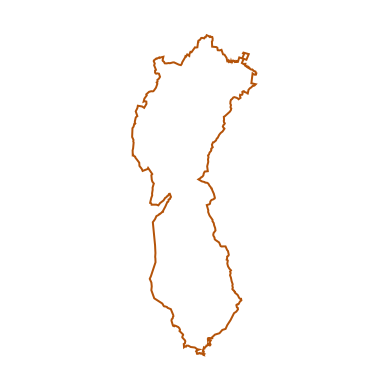 Remetea, Bihor, Romania (Robinson projection), rotated 104°
{"feature_id": "2599482B38217862472768", "entity_name": "Remetea", "entity_type": "district", "adm_level": 2, "iso_a3": "ROU", "parent_name": "Romania", "parent_adm1": "Bihor", "projection": "robinson", "projection_center": [22.374, 46.741], "detail": "fine", "context": "isolated", "style": "outline", "palette": "amber", "viewbox_px": 384, "rotation_deg": 104, "n_neighbors": 0, "source": "geoboundaries", "source_scale": "gbopen_adm2", "svg_char_len": 5982}
<svg xmlns="http://www.w3.org/2000/svg" viewBox="0 0 384 384"><g transform="rotate(104 192 192)"><path d="M183.5,245.0L180.4,240.6L179.3,240.4L184.2,234.9L185.5,235.5L189.8,234.0L191.5,233.0L193.0,231.1L197.3,231.3L199.5,230.7L203.1,230.4L204.9,229.8L207.7,230.1L212.7,230.0L212.8,229.0L213.6,228.3L214.1,228.1L212.9,223.5L213.1,221.4L210.5,220.3L207.1,217.6L204.2,216.6L203.2,215.6L201.7,214.9L201.3,214.3L199.4,213.8L199.1,213.1L201.9,211.2L202.7,211.6L203.9,211.6L205.0,212.9L206.2,212.6L207.5,213.0L207.7,213.5L212.4,214.3L217.2,215.5L218.2,215.3L218.6,215.8L218.3,216.0L219.6,216.7L221.2,217.9L221.2,218.3L222.3,218.8L224.0,220.7L227.3,221.3L230.8,222.7L252.5,215.0L260.1,212.7L264.0,212.0L265.2,211.5L269.0,210.4L283.7,211.5L286.5,212.0L289.7,209.5L293.4,208.2L297.1,207.7L304.3,202.9L307.4,193.8L309.4,191.9L309.7,191.3L309.5,190.1L309.7,188.4L310.3,187.7L310.8,184.2L316.0,180.4L317.1,180.0L317.8,180.3L319.4,180.2L320.4,180.9L321.8,180.8L326.2,178.2L325.9,177.4L326.5,177.2L326.6,176.8L325.8,176.2L325.8,175.5L326.4,172.6L327.3,171.3L328.6,170.3L329.9,170.5L332.4,166.2L332.8,166.0L334.5,166.4L335.5,166.2L337.6,163.0L338.4,162.4L340.6,162.3L341.5,163.2L344.5,162.2L343.5,161.5L343.3,160.9L343.5,160.5L342.4,160.1L342.0,158.4L342.7,155.7L342.2,151.6L343.3,148.8L343.2,147.1L343.9,148.1L343.9,148.8L344.9,149.3L345.4,149.0L345.8,149.3L346.3,148.6L347.7,148.1L347.6,147.1L346.8,146.5L346.4,145.7L346.8,145.0L346.3,144.5L346.2,143.6L346.6,143.5L346.7,141.9L347.4,141.5L347.4,141.1L347.0,141.4L346.3,140.9L346.2,141.7L343.9,142.0L343.8,142.3L344.1,142.6L343.8,143.0L340.0,142.8L340.4,142.0L339.7,141.9L338.0,140.6L337.5,140.8L336.8,139.7L335.7,139.8L336.5,138.4L336.6,137.6L336.4,137.3L335.6,137.1L334.9,137.6L335.8,138.6L335.5,138.7L334.1,138.7L331.5,137.9L331.3,139.3L331.5,140.1L332.3,140.5L330.7,141.1L329.8,140.9L329.4,139.5L329.2,137.4L329.0,137.0L328.2,137.4L324.8,135.2L322.4,131.2L318.5,129.2L316.7,126.3L312.7,125.6L306.9,123.6L299.4,121.9L297.4,120.1L294.8,119.0L293.4,119.5L293.1,120.5L291.0,121.6L289.9,120.8L290.0,120.3L289.5,119.7L286.7,119.0L285.2,117.9L283.9,118.5L284.2,119.0L283.2,120.8L281.0,122.6L279.2,126.1L278.4,126.2L278.1,127.1L277.5,127.4L277.2,128.4L276.4,129.4L275.0,129.2L273.2,130.2L271.7,130.2L268.9,132.0L265.7,133.5L263.5,135.0L261.3,134.9L260.0,135.8L258.6,135.2L257.4,137.1L255.5,139.0L253.0,140.4L249.8,140.7L249.5,141.1L249.3,142.0L247.4,141.9L246.4,142.3L245.7,142.0L245.1,141.3L244.1,141.1L240.6,142.8L239.8,143.9L236.7,146.3L237.3,149.0L237.7,149.7L237.6,151.1L234.4,153.5L232.8,157.8L232.2,158.6L230.7,159.2L229.2,160.7L228.1,161.1L226.5,161.1L223.7,159.9L221.4,160.8L218.9,162.5L216.9,163.4L215.3,165.1L214.1,165.3L210.6,169.3L207.5,171.5L205.8,171.8L201.1,174.5L199.7,172.2L199.0,171.7L196.8,171.9L195.7,171.5L195.0,171.1L193.7,169.2L193.1,169.0L192.7,168.4L192.1,168.4L188.4,170.4L185.5,172.7L183.8,173.7L183.9,174.1L182.5,175.3L181.7,176.5L179.9,178.2L179.4,179.6L179.7,181.5L179.3,182.1L179.3,185.0L178.2,188.8L176.4,187.1L175.7,186.8L174.7,185.7L173.2,185.0L171.1,185.1L169.1,184.6L168.0,181.7L163.4,183.5L158.9,183.5L156.4,184.4L154.3,184.4L152.6,185.3L151.6,184.6L149.5,184.5L147.6,183.5L146.4,183.4L146.1,183.7L145.2,183.8L143.6,182.7L143.1,183.0L143.1,183.3L141.3,184.1L138.7,183.6L138.4,182.8L136.2,181.2L134.1,180.9L133.3,180.2L129.8,179.4L127.7,178.4L125.9,177.0L122.7,175.8L122.4,176.1L122.4,176.6L121.1,177.9L119.5,177.7L118.4,177.0L117.4,176.8L116.8,177.7L115.3,178.4L114.4,178.3L111.3,179.3L110.7,178.6L104.9,174.7L103.2,174.1L101.4,174.1L100.9,174.9L100.2,175.2L98.2,175.2L97.0,176.2L94.8,176.6L93.2,176.5L91.9,175.5L90.3,174.8L89.7,173.8L89.8,171.6L90.2,170.0L90.7,169.3L88.9,167.7L86.9,168.8L86.1,168.8L86.2,168.4L85.4,166.8L84.4,166.7L82.7,167.4L81.8,166.6L81.7,165.8L82.2,165.4L82.5,162.5L83.0,162.0L83.0,161.7L79.3,161.9L77.4,161.0L76.4,160.0L74.3,158.7L74.1,157.9L73.5,157.1L72.0,156.2L72.1,160.7L62.3,161.9L62.9,160.4L63.0,159.3L62.6,158.3L61.2,158.3L61.1,158.9L59.8,159.5L59.5,161.8L59.1,162.1L58.5,163.2L58.9,164.1L58.1,166.7L57.9,166.2L57.6,166.3L57.0,167.6L57.7,167.8L57.7,168.1L57.4,168.9L56.6,169.4L57.0,169.8L56.5,171.1L54.7,171.2L54.8,171.6L55.2,171.7L55.5,172.5L54.8,174.8L50.3,174.1L50.5,171.2L44.5,170.3L44.3,175.8L45.0,176.0L45.0,174.8L50.2,175.6L50.0,178.7L54.6,178.9L54.8,179.4L53.9,179.8L54.0,180.3L55.2,180.6L55.3,181.0L54.8,181.3L55.3,181.9L54.5,182.3L55.0,183.3L54.6,183.4L54.5,183.9L55.1,184.6L55.4,184.3L56.1,184.5L55.4,184.9L56.1,185.5L55.6,185.8L56.5,185.8L56.7,186.5L56.2,186.7L56.2,187.7L55.8,187.5L55.4,188.1L56.0,188.2L56.1,188.7L56.6,188.6L56.4,189.0L56.6,189.4L53.5,190.9L50.9,193.7L50.9,195.2L46.9,197.8L47.8,199.2L48.2,201.2L48.0,201.5L45.9,202.3L45.5,203.3L46.1,207.6L41.1,209.1L40.2,208.7L38.1,209.1L36.8,209.8L37.0,210.2L36.6,211.7L37.2,211.7L37.4,212.2L36.7,213.5L36.3,215.7L38.6,216.2L38.8,217.1L40.0,217.4L40.0,219.5L40.3,220.3L42.4,221.1L43.6,222.4L44.9,222.1L45.0,222.4L50.3,221.8L50.9,223.2L50.9,224.1L56.5,226.3L56.4,227.4L58.8,227.8L60.6,227.6L59.7,229.9L62.0,230.5L61.8,231.2L63.2,231.3L68.3,232.8L70.4,233.0L71.6,233.5L71.6,235.6L70.6,240.7L70.9,241.9L72.4,244.6L72.5,245.7L73.5,248.2L73.7,249.6L72.5,250.6L71.8,252.1L71.3,252.4L67.7,252.5L69.1,255.1L69.7,255.7L69.3,256.3L71.3,258.5L71.5,258.9L71.3,259.1L73.6,260.8L74.3,260.8L76.4,259.2L78.2,259.4L82.2,256.5L83.1,257.2L85.1,256.7L85.8,255.9L85.8,255.1L85.3,254.5L85.2,252.7L88.0,250.9L90.0,251.5L91.6,252.7L93.3,252.1L94.2,252.8L95.4,251.8L99.5,252.2L102.1,253.2L103.4,253.8L103.8,254.3L104.1,256.0L105.2,257.9L108.3,260.0L109.2,259.3L112.9,260.8L116.0,260.8L115.3,259.9L115.3,258.2L117.5,257.5L121.9,258.8L121.1,261.0L121.4,265.4L123.7,265.3L127.4,266.1L131.6,263.4L132.7,264.3L133.6,264.6L137.4,264.5L138.7,264.2L139.2,263.6L140.0,264.0L140.1,264.5L142.8,264.5L144.5,265.2L153.1,263.4L155.6,261.4L157.2,261.2L158.1,260.6L163.9,259.7L165.9,259.7L170.6,258.4L170.3,258.0L170.9,257.7L171.5,255.7L172.2,255.4L176.3,250.3L179.4,249.3L181.6,246.5L183.5,245.0Z" fill="none" stroke="#b45309" stroke-width="2"/></g></svg>